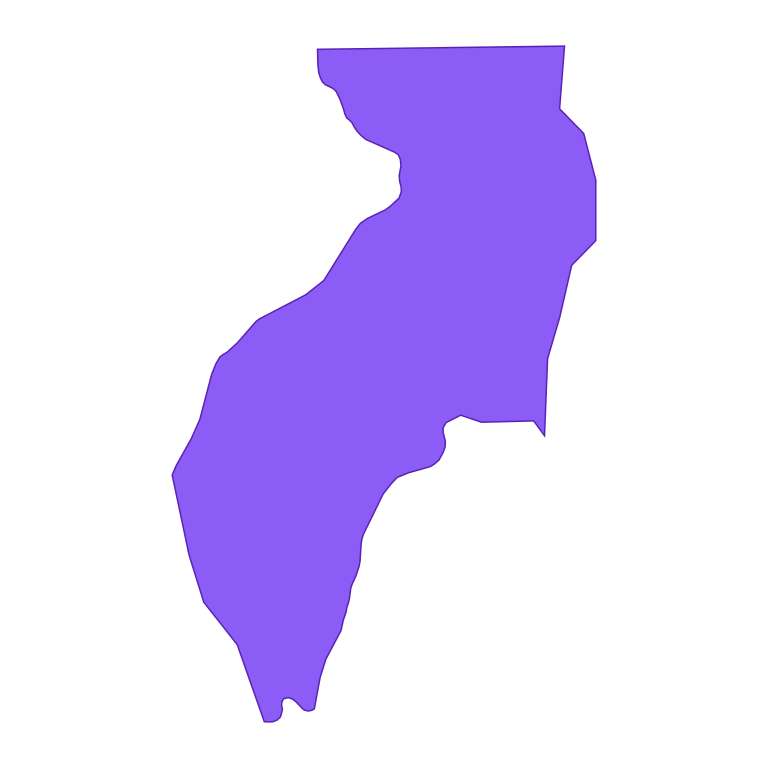 SVG path tracing the border of Lélouma
{"feature_id": "GIN-5649", "entity_name": "Lélouma", "entity_type": "Prefecture", "adm_level": 1, "iso_a3": "GIN", "parent_name": "Guinea", "parent_adm1": "", "projection": "robinson", "projection_center": [-12.765, 11.356], "detail": "fine", "context": "isolated", "style": "filled", "palette": "violet", "viewbox_px": 768, "rotation_deg": 0, "n_neighbors": 0, "source": "natural_earth", "source_scale": "10m", "svg_char_len": 1478}
<svg xmlns="http://www.w3.org/2000/svg" viewBox="0 0 768 768"><path d="M264.3,721.7L237.2,644.6L203.8,602.2L189.1,555.1L172.2,475.0L176.1,465.8L191.3,438.6L199.8,419.5L211.7,374.2L215.9,363.8L219.9,357.0L223.3,354.4L227.0,352.3L237.4,342.8L256.0,321.5L259.4,318.9L305.7,294.8L323.8,280.5L355.6,229.5L360.4,223.3L367.6,218.3L385.1,210.0L390.7,205.9L399.0,198.1L401.3,191.8L401.1,186.9L399.7,181.7L399.2,175.6L401.0,165.6L400.3,159.4L398.3,154.7L394.6,152.2L366.1,139.6L362.9,137.1L359.7,134.1L356.8,130.8L354.5,127.4L352.8,124.1L351.2,121.7L346.6,117.8L344.8,113.7L343.5,108.9L340.1,99.6L336.2,91.5L333.3,88.6L325.3,84.7L322.2,81.6L320.2,77.2L318.8,72.8L317.9,65.1L317.5,49.3L564.5,46.1L559.6,108.8L583.7,133.5L595.8,180.2L595.8,240.6L571.7,265.3L559.7,317.4L547.6,358.6L544.5,435.7L533.7,420.9L481.5,422.2L460.7,415.2L446.1,422.6L443.2,427.6L443.1,432.1L445.4,441.3L445.1,447.0L443.1,452.5L439.0,460.0L434.8,463.7L430.6,466.5L408.7,472.7L397.2,477.4L391.2,483.8L383.2,493.9L363.3,534.5L361.9,539.1L361.1,544.4L360.0,561.5L359.0,566.6L356.0,575.7L352.3,583.8L350.8,588.0L349.5,598.2L348.4,602.9L346.9,607.3L346.1,611.9L343.2,620.5L341.0,630.6L325.8,659.3L320.1,677.6L314.3,708.9L313.4,709.5L311.5,710.4L308.4,711.0L305.3,710.4L303.5,709.5L302.7,708.9L295.6,701.4L292.0,698.8L288.2,697.6L283.5,698.8L281.8,702.4L281.6,705.9L282.2,707.9L282.4,709.7L281.9,711.9L280.3,717.2L277.0,720.1L272.7,721.8L268.4,721.9L264.3,721.7Z" fill="#8b5cf6" stroke="#5b21b6" stroke-width="1.5"/></svg>